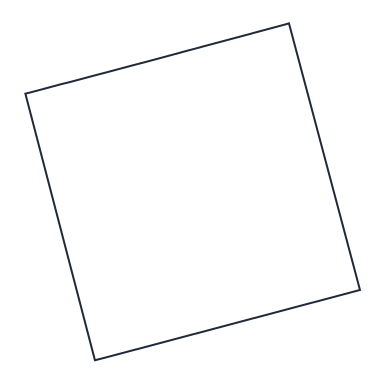 Decatur, Kansas, United States of America, rotated 345°
{"feature_id": "52423323B97064172346270", "entity_name": "Decatur", "entity_type": "district", "adm_level": 2, "iso_a3": "USA", "parent_name": "United States of America", "parent_adm1": "Kansas", "projection": "orthographic", "projection_center": [-100.471, 39.785], "detail": "fine", "context": "isolated", "style": "outline", "palette": "slate", "viewbox_px": 384, "rotation_deg": 345, "n_neighbors": 0, "source": "geoboundaries", "source_scale": "gbopen_adm2", "svg_char_len": 502}
<svg xmlns="http://www.w3.org/2000/svg" viewBox="0 0 384 384"><g transform="rotate(345 192 192)"><path d="M64.8,329.5L328.9,330.1L329.3,54.2L324.2,54.3L323.2,54.3L321.6,54.3L320.0,54.3L311.0,54.3L304.2,54.3L303.1,54.3L226.1,54.3L202.3,54.4L198.4,54.4L187.8,54.4L184.4,54.4L183.8,54.4L178.9,54.4L167.3,54.3L147.4,54.3L140.0,54.3L126.6,54.2L123.6,54.2L101.9,54.2L94.7,54.0L83.5,54.0L65.1,54.0L60.9,54.0L59.2,53.9L56.5,53.9L54.7,329.4L64.8,329.5Z" fill="none" stroke="#1e293b" stroke-width="2"/></g></svg>